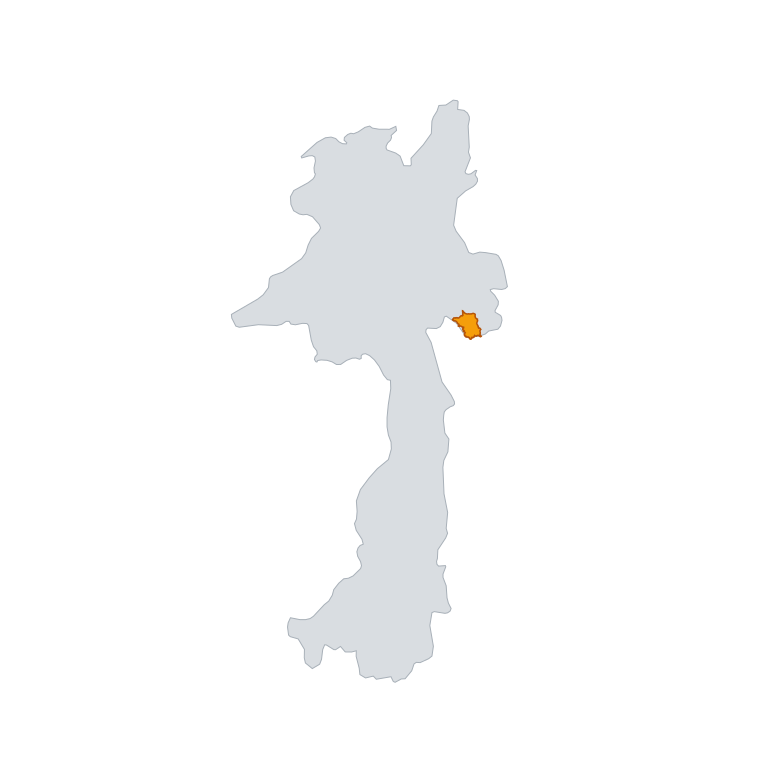 Kuan, Houaphan, Laos (highlighted), rotated 38°
{"feature_id": "54806243B93999085545465", "entity_name": "Kuan", "entity_type": "district", "adm_level": 2, "iso_a3": "LAO", "parent_name": "Laos", "parent_adm1": "Houaphan", "projection": "robinson", "projection_center": [104.43, 19.795], "detail": "fine", "context": "in_parent", "style": "filled", "palette": "amber", "viewbox_px": 768, "rotation_deg": 38, "n_neighbors": 0, "source": "geoboundaries", "source_scale": "gbopen_adm2", "svg_char_len": 7804}
<svg xmlns="http://www.w3.org/2000/svg" viewBox="0 0 768 768"><g transform="rotate(38 384 384)"><path d="M288.4,122.9L291.4,128.8L305.4,144.9L307.8,149.3L312.9,152.6L317.2,166.9L319.0,167.8L321.4,166.8L323.1,164.8L324.6,159.3L325.6,158.7L327.1,163.2L331.1,164.6L332.8,166.6L333.3,170.0L332.7,173.5L329.4,181.7L327.4,192.6L341.1,216.0L346.8,219.2L360.5,223.0L369.8,228.2L374.1,226.9L378.3,221.1L383.2,217.9L392.4,212.9L395.1,212.6L400.2,214.6L408.6,220.4L421.3,231.3L420.8,234.2L418.5,237.1L411.7,241.4L409.6,244.2L410.9,245.2L416.5,245.9L423.2,248.4L425.2,251.3L426.3,257.8L427.5,259.0L433.7,258.2L435.6,259.1L437.8,261.2L440.1,266.6L440.0,270.7L433.9,277.8L433.1,282.1L430.0,287.2L421.5,295.7L419.3,296.2L403.7,291.5L391.3,292.2L390.3,294.0L392.4,299.1L393.0,304.2L391.1,308.1L383.9,313.1L383.7,315.3L385.1,317.6L395.5,322.2L428.5,346.7L443.6,351.4L450.2,354.5L451.9,356.3L451.9,358.4L450.2,361.2L448.7,366.0L448.7,368.9L450.2,371.7L452.9,375.8L462.2,385.2L469.0,387.4L476.1,398.1L478.2,407.4L481.7,413.4L498.9,433.6L513.3,446.1L521.9,459.5L526.0,462.5L527.4,467.4L528.5,481.5L533.5,488.6L534.6,491.4L536.7,493.5L539.1,493.9L544.2,489.3L545.2,490.0L547.5,497.4L549.6,500.1L557.2,504.7L565.3,513.7L569.6,517.0L575.1,519.6L575.9,522.4L574.9,525.3L573.2,527.2L563.8,532.4L562.5,534.6L568.8,546.1L584.4,560.3L589.3,568.9L588.3,573.0L584.0,581.3L580.8,583.5L580.0,586.1L582.4,592.9L582.1,603.3L579.2,605.8L576.4,612.2L574.5,612.7L569.7,610.4L559.7,621.4L555.4,620.8L550.4,627.0L543.9,627.8L539.4,623.2L529.8,615.8L526.4,611.3L523.4,615.2L518.4,619.0L511.3,617.6L509.4,623.2L508.0,624.2L499.4,625.1L497.8,626.0L499.2,631.0L504.3,639.5L505.8,644.4L502.7,652.4L493.8,652.2L489.8,648.9L484.7,642.1L473.3,637.7L465.7,640.8L463.4,640.6L457.6,634.9L455.5,631.2L454.2,625.8L462.9,621.4L467.3,617.9L470.2,614.3L471.4,610.5L472.8,594.7L474.1,589.1L473.3,582.3L471.0,576.9L471.0,568.8L472.2,562.3L475.5,559.0L477.8,554.3L479.2,543.8L478.1,541.0L474.9,538.4L469.4,536.0L465.9,532.9L464.5,529.2L464.6,525.9L466.3,523.0L462.2,519.9L452.2,516.4L446.7,512.2L445.5,507.4L441.3,501.0L434.2,493.1L430.4,481.7L430.1,466.9L430.9,454.8L434.0,440.8L429.8,430.7L425.3,425.4L418.9,421.5L412.8,415.9L407.1,408.6L400.2,397.8L392.2,383.5L386.8,377.1L384.0,378.5L378.2,377.2L369.4,373.1L361.6,370.9L355.1,370.5L350.8,371.5L348.8,373.7L348.6,375.8L350.3,377.9L349.4,379.6L345.9,380.8L343.1,383.2L340.0,388.4L337.8,395.3L334.5,397.9L329.5,398.5L324.5,400.4L319.6,403.8L317.3,406.3L317.6,408.0L316.5,408.4L314.1,407.5L313.0,405.2L313.1,401.6L310.6,399.2L305.5,398.0L299.7,394.2L288.6,384.3L286.1,383.8L282.4,386.4L277.7,391.9L273.7,394.1L270.7,393.0L268.3,394.9L266.6,400.0L263.5,404.0L248.5,414.6L235.0,428.4L231.6,429.6L223.5,425.8L220.9,423.1L232.2,394.9L233.9,388.1L233.6,379.1L228.9,371.6L228.7,369.4L229.5,367.0L235.2,358.3L241.9,335.9L241.6,328.9L238.7,321.2L237.2,313.9L238.5,304.0L238.0,300.1L234.9,298.2L224.7,296.2L218.8,297.8L216.0,300.5L212.6,302.2L206.1,303.1L200.1,299.8L195.0,294.1L193.8,287.1L200.3,272.1L201.8,266.3L201.7,263.5L200.6,260.7L199.1,260.3L195.8,256.8L192.7,250.5L189.7,247.7L186.9,248.2L184.3,250.6L180.0,256.5L178.7,255.7L182.5,234.9L186.2,226.1L190.3,222.0L194.8,220.3L199.4,220.9L203.3,220.2L206.5,218.0L206.2,216.8L202.5,216.5L201.0,214.1L201.8,209.7L203.5,206.8L206.0,205.5L208.5,201.1L211.0,193.5L213.9,189.6L217.3,189.5L223.2,186.3L231.5,179.9L234.7,173.7L237.8,176.5L236.6,183.7L238.2,185.2L239.0,187.8L238.5,191.8L239.2,195.2L240.5,196.9L242.3,197.7L251.1,194.8L256.4,194.5L265.2,199.8L270.4,195.9L270.5,194.4L266.3,189.5L267.7,171.3L267.1,157.5L259.9,147.3L258.5,143.1L257.8,136.4L255.8,130.7L261.0,126.1L263.8,117.7L267.4,115.6L268.6,115.9L273.0,122.3L278.6,119.1L282.9,119.1L286.5,120.8L288.4,122.9Z" fill="#d9dde1" stroke="#a8b0b8" stroke-width="1"/><path d="M431.2,286.7L430.7,286.5L430.5,286.3L430.3,286.2L429.9,286.0L429.1,285.9L428.7,285.3L428.7,284.9L428.6,284.6L428.4,284.5L428.2,284.2L427.9,283.9L427.5,283.7L427.4,283.7L427.2,283.3L426.8,283.0L426.8,282.9L426.8,282.6L426.8,282.4L426.7,282.2L426.6,281.9L426.7,281.7L426.7,281.4L426.2,281.3L426.1,281.2L425.9,281.2L425.6,281.1L425.3,281.0L424.7,281.1L424.5,281.5L424.3,281.7L424.2,281.7L423.9,281.6L423.7,281.5L423.7,281.3L423.6,281.2L423.2,280.9L422.9,280.7L422.8,280.8L422.5,280.6L422.4,280.5L422.4,280.4L422.2,280.4L421.8,280.3L421.7,280.2L421.4,279.9L420.9,279.8L420.5,279.6L420.0,279.3L419.7,279.1L419.5,278.7L419.2,277.9L418.9,276.5L418.4,276.2L418.0,276.1L418.0,275.9L417.8,275.6L417.8,275.4L417.7,275.3L417.2,275.5L416.9,275.5L416.4,275.6L416.1,275.6L415.7,275.5L415.3,275.5L415.2,275.4L414.3,274.7L414.1,274.6L414.0,274.4L413.8,274.3L413.6,273.8L413.3,273.4L413.0,273.0L412.8,272.9L412.3,273.0L412.0,273.0L410.8,273.4L410.3,274.0L409.7,275.0L409.2,275.3L408.6,275.9L408.2,276.2L407.3,276.7L407.0,277.2L405.8,278.0L405.1,278.2L404.3,278.4L403.3,278.3L402.4,278.2L401.7,278.1L401.0,277.8L400.8,277.9L401.1,278.2L401.3,278.6L401.7,279.0L402.2,279.2L402.7,279.7L402.8,280.3L403.1,280.7L403.6,280.9L403.9,281.3L403.8,281.9L403.7,282.2L403.4,282.4L402.8,282.6L402.5,283.6L402.5,284.8L402.4,285.4L402.2,285.7L402.1,286.1L401.7,286.5L401.0,286.6L400.7,287.0L400.3,287.2L400.0,287.3L399.9,287.6L399.9,287.9L398.9,288.2L399.0,288.2L399.0,288.3L398.9,288.4L398.4,288.8L398.3,289.0L398.4,289.3L398.5,289.4L398.5,289.5L398.4,289.8L398.4,290.0L398.2,290.6L398.3,290.9L398.5,290.8L398.7,291.1L399.0,291.1L399.1,291.3L399.3,291.3L399.4,291.1L399.5,291.0L400.0,291.0L400.5,291.1L400.6,290.9L401.0,290.5L401.7,290.3L402.0,290.3L402.4,290.2L402.5,290.2L402.7,290.3L403.0,290.3L403.5,290.4L403.8,290.4L403.9,290.5L404.1,290.7L404.2,290.8L404.3,290.8L404.8,290.9L405.2,291.0L405.3,291.0L405.4,290.9L405.6,290.9L405.9,290.8L406.1,290.8L406.3,291.0L406.6,291.1L406.8,291.3L407.0,291.5L407.1,291.8L407.0,292.0L406.9,292.4L406.9,292.6L407.0,292.6L407.4,292.3L407.5,292.3L407.6,292.2L407.8,292.1L408.0,292.1L408.0,291.9L408.1,291.7L408.3,291.5L408.3,291.4L408.5,291.2L408.8,291.1L409.1,291.1L409.3,291.1L409.5,291.0L409.6,290.9L409.8,290.9L410.2,291.0L410.3,290.9L410.6,290.7L410.9,290.7L411.1,290.9L411.4,290.8L411.5,290.7L411.4,290.6L411.4,290.4L411.6,290.3L411.8,290.2L411.9,290.3L412.1,290.7L412.2,290.8L412.1,291.0L412.2,291.3L412.2,291.6L412.1,291.8L412.0,292.0L412.3,292.3L412.4,292.5L412.6,292.6L412.8,292.5L413.1,292.6L413.4,292.6L413.6,292.7L413.6,292.9L413.6,293.0L413.7,293.4L413.8,293.5L414.1,293.5L414.4,293.7L414.7,293.7L414.8,293.7L415.0,293.6L415.1,293.3L415.1,293.2L415.3,293.4L415.8,293.5L416.0,293.5L416.3,293.5L416.3,293.8L416.5,294.1L416.5,294.3L416.5,294.6L416.6,294.8L416.8,294.9L416.8,295.0L416.9,295.3L416.9,295.5L417.0,295.8L417.3,295.7L417.4,295.8L417.5,295.8L417.7,296.0L417.9,296.2L418.0,296.3L418.2,296.2L418.3,296.1L418.6,296.3L418.8,296.1L419.0,295.9L419.2,296.0L419.3,296.0L419.5,296.0L419.8,296.2L419.8,296.3L420.0,296.2L420.3,296.0L420.5,296.0L420.5,295.9L420.6,295.7L420.8,295.6L421.0,295.4L421.3,295.3L421.3,295.2L421.5,295.1L421.8,295.1L422.1,295.2L422.3,295.0L422.6,295.0L422.7,294.9L422.8,294.9L423.1,295.3L423.4,295.2L423.6,295.3L423.9,295.6L424.0,295.6L424.3,295.6L424.6,295.5L424.8,295.3L424.8,295.1L424.9,294.8L425.0,294.8L425.0,294.6L424.9,294.1L424.7,293.7L424.6,293.4L424.8,293.4L424.9,293.2L425.0,293.3L425.3,293.2L425.4,292.8L425.5,292.7L425.4,292.6L425.4,292.4L425.6,292.3L425.7,292.2L425.7,291.9L425.8,291.8L426.0,291.7L425.8,291.2L425.7,290.9L425.6,290.7L425.6,290.4L425.7,290.5L425.8,290.5L426.1,290.3L426.1,290.2L426.4,290.0L426.4,289.9L426.7,289.6L426.8,289.4L427.0,289.3L427.3,289.4L427.4,289.2L427.5,288.8L427.6,288.7L427.7,288.4L427.9,288.3L428.0,288.2L428.0,287.9L428.4,287.8L428.5,287.6L428.9,287.3L429.1,287.3L429.3,287.2L429.7,287.6L429.9,287.6L430.1,287.5L430.4,287.5L430.5,287.4L430.8,287.4L430.8,287.1L431.0,286.9L431.2,286.7Z" fill="#f59e0b" stroke="#b45309" stroke-width="1.5"/></g></svg>